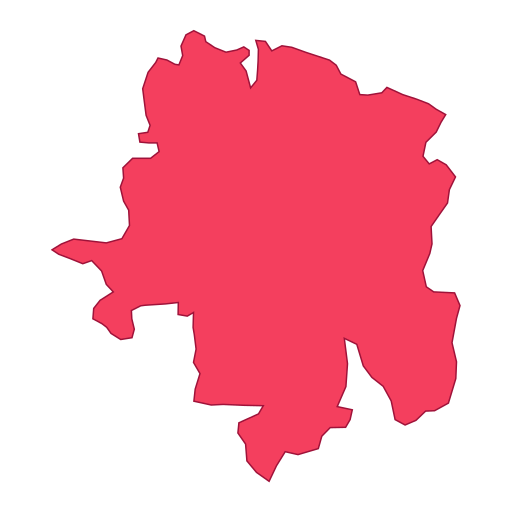 outline of Filousa Chrysochous, Paphos, Cyprus
{"feature_id": "46923920B66309151890568", "entity_name": "Filousa Chrysochous", "entity_type": "district", "adm_level": 2, "iso_a3": "CYP", "parent_name": "Cyprus", "parent_adm1": "Paphos", "projection": "robinson", "projection_center": [32.502, 34.967], "detail": "fine", "context": "isolated", "style": "filled", "palette": "rose", "viewbox_px": 512, "rotation_deg": 0, "n_neighbors": 0, "source": "geoboundaries", "source_scale": "gbopen_adm2", "svg_char_len": 2033}
<svg xmlns="http://www.w3.org/2000/svg" viewBox="0 0 512 512"><path d="M158.0,58.0L155.7,62.5L148.1,72.3L142.7,88.7L144.1,99.9L146.1,115.3L150.1,125.3L147.8,132.3L138.5,133.7L139.9,142.1L148.7,142.9L157.1,142.9L159.1,151.6L150.6,158.3L132.6,158.3L122.9,167.8L123.6,178.1L120.3,187.2L123.6,201.1L128.7,210.2L129.5,225.5L121.9,238.7L106.3,242.9L90.9,241.1L73.7,239.1L61.4,244.0L52.1,249.7L52.0,249.8L58.8,254.3L69.7,258.4L82.8,263.7L91.7,260.6L101.6,271.0L106.3,284.4L113.3,291.9L100.1,300.3L93.7,308.4L92.9,318.8L102.0,323.7L106.7,327.3L111.0,333.4L120.7,339.5L132.0,337.7L134.3,329.2L131.8,318.8L131.4,310.5L140.7,305.8L145.4,305.2L165.5,303.9L178.3,302.5L178.1,314.5L187.3,316.1L193.5,312.5L193.1,327.5L194.3,334.6L196.1,349.1L193.5,362.4L200.0,373.6L195.2,389.1L193.9,401.2L207.6,404.2L211.2,405.0L223.1,404.4L244.3,405.3L263.3,405.7L258.5,413.9L238.9,422.8L237.9,433.0L245.6,444.1L246.9,460.9L256.5,472.4L269.1,481.3L276.5,465.7L285.2,451.7L298.0,454.6L318.3,448.6L321.8,436.2L330.2,427.6L345.6,427.3L350.1,419.6L352.3,409.8L337.2,406.6L345.9,386.6L347.5,363.7L344.3,338.3L356.8,344.3L363.3,365.9L371.9,377.4L383.2,386.3L391.2,400.9L395.1,419.6L405.1,425.0L416.0,420.3L425.6,411.1L434.6,410.7L438.8,408.4L448.4,403.1L455.8,378.6L456.5,361.8L452.6,345.3L452.0,342.7L456.5,318.3L460.0,305.6L454.6,292.9L433.7,291.9L426.3,286.8L422.7,270.6L429.8,253.5L432.0,243.9L431.1,226.5L440.4,213.1L447.5,203.0L449.4,189.6L455.5,176.9L446.2,164.8L437.2,159.7L429.2,163.9L423.0,156.3L425.9,142.3L436.2,132.1L441.0,122.3L445.7,114.6L436.1,109.2L428.6,103.8L416.7,99.2L402.7,94.6L386.9,87.4L381.8,92.8L367.8,95.1L359.8,94.6L355.6,81.8L340.9,74.1L336.2,65.2L329.5,60.1L306.0,52.4L291.8,47.3L281.9,45.8L271.8,50.9L265.4,41.4L255.8,40.4L258.4,49.3L258.1,61.1L257.6,70.0L256.8,80.3L250.6,87.9L246.1,71.0L240.3,63.0L249.1,55.3L249.1,50.4L243.8,46.9L236.8,50.0L226.0,52.2L214.8,47.7L205.8,41.7L204.5,36.1L193.8,30.7L186.0,34.8L181.0,46.1L182.7,55.6L178.9,64.9L174.9,64.3L166.9,60.0L158.0,58.0Z" fill="#f43f5e" stroke="#9f1239" stroke-width="1.5"/></svg>